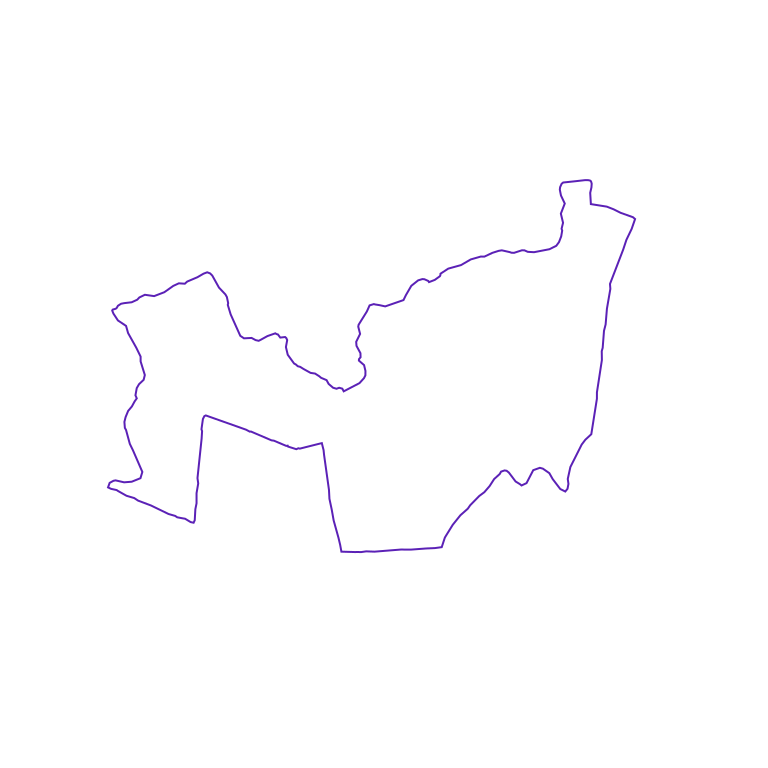 the district of Oratorio, Santa Rosa, Guatemala, rotated 68°
{"feature_id": "79465075B83773112277760", "entity_name": "Oratorio", "entity_type": "district", "adm_level": 2, "iso_a3": "GTM", "parent_name": "Guatemala", "parent_adm1": "Santa Rosa", "projection": "robinson", "projection_center": [-90.174, 14.117], "detail": "fine", "context": "isolated", "style": "outline", "palette": "violet", "viewbox_px": 768, "rotation_deg": 68, "n_neighbors": 0, "source": "geoboundaries", "source_scale": "gbopen_adm2", "svg_char_len": 3474}
<svg xmlns="http://www.w3.org/2000/svg" viewBox="0 0 768 768"><g transform="rotate(68 384 384)"><path d="M213.4,607.7L214.1,608.5L217.3,608.5L225.4,606.9L233.5,601.4L240.9,602.2L257.5,600.1L267.4,599.4L271.9,601.2L286.1,602.4L290.1,605.3L292.4,611.2L295.2,614.8L301.4,618.7L304.7,618.6L306.7,621.7L310.4,626.2L313.1,631.3L317.9,636.0L321.9,638.9L327.6,640.7L330.0,640.4L344.3,642.1L351.5,641.6L375.0,641.0L380.1,645.1L380.1,654.5L377.8,661.8L372.8,669.0L372.4,671.1L372.9,675.4L376.5,678.6L379.0,676.3L382.2,671.6L383.3,670.9L391.2,664.6L396.2,658.3L400.0,655.7L409.3,645.6L423.8,632.5L428.1,627.0L430.1,625.7L433.0,621.2L434.4,618.9L439.6,615.0L441.3,612.5L439.4,610.5L429.4,605.8L424.4,602.5L415.0,598.7L406.6,593.5L401.4,592.2L366.2,573.5L359.5,570.3L357.6,570.2L348.6,565.0L346.5,562.6L346.4,561.0L374.7,529.0L377.9,526.3L378.2,525.2L394.1,509.4L395.3,507.3L404.8,497.8L405.1,496.4L406.1,496.4L411.6,489.7L411.5,487.5L412.4,486.2L415.5,463.8L422.7,464.8L427.2,466.1L461.6,474.7L470.0,477.6L480.8,479.5L491.7,481.8L509.4,483.8L516.7,484.9L523.5,486.3L529.1,473.5L529.5,472.3L531.3,468.1L532.5,463.2L535.9,455.6L543.8,430.4L547.6,421.2L552.3,406.5L555.2,398.3L556.9,391.6L549.2,385.1L547.7,383.1L540.3,373.0L534.3,362.3L531.0,353.0L528.7,349.5L523.5,337.6L521.9,331.5L518.2,324.3L513.4,317.5L510.8,310.4L509.1,308.3L509.3,304.6L510.4,302.8L512.9,301.4L523.7,298.5L527.9,295.4L529.6,294.5L529.3,289.0L519.8,277.9L520.1,270.9L522.0,268.4L528.6,264.1L535.4,263.2L547.4,259.9L551.6,256.2L549.9,253.1L545.7,250.4L540.9,249.2L530.8,242.3L517.3,226.9L514.2,223.4L511.1,218.2L508.2,210.6L477.4,192.1L471.5,189.7L443.4,173.0L435.1,169.8L432.4,167.7L417.1,160.1L411.8,156.2L397.7,149.1L380.6,138.5L375.9,137.0L349.0,111.9L341.1,105.2L333.0,96.3L325.1,89.4L322.6,90.7L313.9,100.5L308.0,105.7L303.0,111.0L294.7,124.8L284.0,121.2L279.4,118.0L276.1,116.4L274.6,116.2L273.5,116.2L272.6,116.7L271.6,118.1L270.3,121.2L267.6,130.9L264.3,142.4L264.9,144.3L267.5,147.0L269.7,148.2L275.5,149.3L284.4,148.8L292.3,156.2L301.6,157.6L306.6,161.2L308.5,161.3L313.5,164.4L318.0,168.6L320.4,172.5L321.0,180.1L318.0,195.5L315.3,201.2L312.7,203.7L311.7,206.0L311.1,214.3L310.0,216.7L308.9,217.9L305.7,222.5L304.2,224.7L303.5,227.8L303.0,234.4L303.5,243.2L302.1,246.5L301.0,256.9L302.6,268.1L301.1,281.2L302.9,290.3L304.1,290.9L305.0,291.8L306.5,297.9L306.4,304.1L305.0,304.4L302.0,307.3L301.1,309.1L300.7,313.5L303.2,321.9L304.6,323.7L309.8,330.4L313.5,334.5L312.5,353.8L309.1,358.8L307.0,362.3L306.1,363.5L305.7,367.9L308.8,371.1L310.4,372.8L319.5,385.3L321.2,386.4L328.6,387.4L334.5,394.0L338.3,395.2L346.6,394.3L350.4,395.7L351.6,397.9L352.9,398.5L359.0,395.4L364.9,396.3L369.0,398.0L371.1,400.4L374.0,406.4L375.7,424.1L372.7,424.4L371.6,425.8L370.7,427.0L370.6,429.8L368.4,432.6L363.2,435.3L358.9,435.8L354.7,440.0L352.6,441.1L348.5,444.0L346.2,447.9L339.9,453.0L336.7,455.3L335.2,457.3L332.9,458.4L331.3,459.7L320.8,462.3L313.0,461.1L307.0,457.3L304.8,457.4L303.4,458.1L302.1,462.8L298.3,463.8L297.5,464.9L296.3,465.8L295.9,474.1L296.8,481.5L297.0,484.0L295.2,486.6L291.7,489.5L289.2,496.7L285.5,499.2L262.0,500.1L252.1,499.2L250.7,498.2L244.5,497.1L241.5,497.5L232.8,500.9L219.1,502.6L216.3,503.8L214.2,506.1L214.1,510.0L215.1,517.0L215.3,528.1L216.4,531.1L213.8,536.5L214.1,542.6L216.6,553.3L216.4,564.2L211.7,572.3L212.1,578.4L213.4,581.2L213.7,587.3L211.7,594.6L211.1,597.7L211.8,601.4L212.6,602.4L213.5,603.6L213.7,604.7L213.4,607.7Z" fill="none" stroke="#5b21b6" stroke-width="2"/></g></svg>